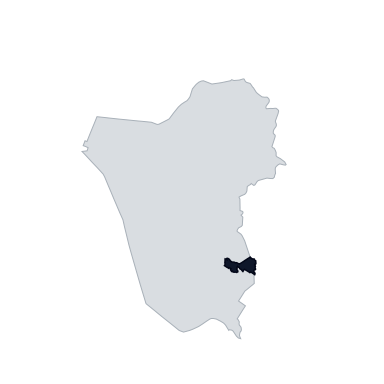 location of Al-Amara, Maysan, Iraq, rotated 33°
{"feature_id": "34846034B34105115765151", "entity_name": "Al-Amara", "entity_type": "district", "adm_level": 2, "iso_a3": "IRQ", "parent_name": "Iraq", "parent_adm1": "Maysan", "projection": "albers", "projection_center": [47.067, 32.106], "detail": "fine", "context": "in_parent", "style": "filled", "palette": "ink", "viewbox_px": 384, "rotation_deg": 33, "n_neighbors": 0, "source": "geoboundaries", "source_scale": "gbopen_adm2", "svg_char_len": 6490}
<svg xmlns="http://www.w3.org/2000/svg" viewBox="0 0 384 384"><g transform="rotate(33 192 192)"><path d="M164.1,76.2L166.4,75.7L170.7,72.4L173.4,69.2L174.2,68.9L176.3,70.1L177.9,70.4L181.6,69.3L183.8,70.1L185.6,71.0L186.6,71.1L191.4,73.3L192.6,73.6L195.2,73.9L198.9,74.1L201.4,72.9L203.2,71.6L204.4,71.7L205.6,72.0L206.5,72.6L207.3,73.6L207.7,75.0L207.4,79.4L207.7,80.6L208.4,81.4L209.2,81.6L210.3,80.7L212.1,79.3L214.4,77.9L216.1,76.5L217.0,76.0L218.5,76.1L220.0,76.4L220.7,77.1L220.7,77.3L221.5,79.4L223.3,87.2L224.4,88.2L225.6,89.0L226.5,90.2L226.8,91.4L226.7,93.2L226.7,95.3L227.2,96.9L227.9,98.1L228.5,98.7L229.5,98.8L230.8,99.1L231.6,100.3L234.0,109.2L234.3,110.4L235.4,110.8L237.2,110.6L239.0,111.6L241.0,113.0L242.8,115.8L244.1,116.2L248.0,115.9L253.4,116.3L256.0,117.7L255.7,118.6L253.7,119.5L250.3,120.6L249.3,122.5L248.7,125.0L248.8,126.4L249.6,127.9L252.0,131.0L252.1,132.1L252.5,133.6L253.0,134.7L252.5,136.7L250.2,138.1L247.3,139.5L241.4,146.2L240.9,147.7L240.9,151.7L240.3,152.8L238.4,152.8L237.0,152.6L236.9,154.0L235.9,155.8L235.4,157.4L237.5,161.3L237.8,163.3L237.5,165.2L235.4,168.3L234.2,170.5L234.5,171.0L236.0,171.8L240.8,178.9L242.4,181.4L244.5,180.8L245.2,180.8L245.8,181.2L246.2,182.1L246.2,183.1L245.7,184.7L248.3,185.4L249.2,187.0L252.3,192.5L252.1,194.1L250.6,196.7L250.6,198.4L250.9,200.0L251.4,200.5L256.0,200.7L257.9,201.4L262.7,204.2L268.1,208.5L272.5,212.0L276.3,215.0L280.4,214.8L281.5,215.4L282.5,216.3L283.7,218.8L286.0,224.3L288.0,226.2L291.1,230.6L294.0,234.8L292.2,240.5L290.3,246.4L290.4,254.0L290.4,258.1L294.4,258.2L298.8,258.4L298.8,263.3L298.9,268.2L299.0,273.8L300.3,274.0L302.4,275.2L303.3,277.0L304.4,278.0L305.8,278.2L307.1,279.0L308.4,280.6L308.9,281.9L308.6,282.7L308.9,284.2L309.8,286.3L310.9,287.3L312.7,288.5L310.4,289.2L307.8,288.7L302.3,286.3L300.6,286.2L298.3,287.2L298.2,288.0L292.5,285.3L290.4,284.8L289.6,284.7L286.4,284.8L281.7,285.3L278.9,286.4L277.0,287.6L276.2,288.8L275.9,289.4L274.4,292.8L272.6,297.2L270.8,301.2L267.3,306.8L265.4,309.4L261.2,314.1L256.7,315.1L246.2,314.0L234.6,312.9L223.1,311.6L214.5,310.7L213.9,310.4L205.5,303.3L199.0,297.8L190.9,290.8L182.6,283.6L174.2,276.3L168.2,271.0L160.9,264.1L154.3,257.9L149.2,252.9L142.4,248.5L137.2,245.0L129.6,239.9L123.6,235.8L118.4,232.3L110.5,226.9L107.8,225.4L99.4,223.2L91.4,221.3L83.2,219.2L77.7,217.9L81.6,214.6L80.7,211.4L78.0,211.8L75.5,212.4L74.4,207.3L76.4,206.9L75.1,200.4L73.8,193.7L72.6,187.2L71.3,180.6L78.6,176.9L84.0,174.2L91.5,170.4L98.8,166.6L105.6,163.1L113.2,159.1L120.0,155.6L126.0,154.3L127.3,153.2L130.4,147.9L132.9,143.5L133.1,142.4L133.5,135.9L134.3,128.2L135.3,124.2L136.8,120.7L138.1,118.1L138.4,115.6L138.4,113.1L137.3,109.3L136.2,105.3L136.6,101.5L136.9,99.4L137.9,96.2L139.4,93.9L141.0,92.5L146.6,91.3L149.9,90.6L154.5,86.6L157.2,84.2L161.0,80.4L163.8,77.6L164.0,76.6L164.1,76.2Z" fill="#d9dde1" stroke="#a8b0b8" stroke-width="1"/><path d="M289.6,227.2L289.5,226.7L289.5,226.4L289.4,226.2L289.1,226.0L288.9,225.9L288.7,225.7L288.3,225.3L288.2,225.3L287.8,225.4L287.6,225.4L287.4,225.4L287.2,225.1L287.1,224.9L286.9,224.8L286.7,224.7L286.6,224.3L286.6,224.1L286.6,223.8L286.6,223.7L286.7,223.4L286.9,223.4L287.0,223.2L287.3,222.9L287.3,222.7L287.4,222.4L287.4,222.2L287.2,221.9L286.8,221.8L286.7,221.7L286.4,221.3L286.2,221.2L285.8,220.8L285.7,220.6L285.7,220.4L285.7,220.2L285.8,220.1L285.7,219.8L285.3,219.5L285.2,219.4L284.8,219.3L284.7,219.4L284.4,219.3L284.3,219.2L284.3,218.8L284.3,218.7L284.2,218.6L283.9,218.4L284.0,218.3L284.3,218.3L284.4,218.2L284.6,218.0L284.6,217.8L284.6,217.6L284.6,217.4L284.5,217.1L284.4,216.9L284.3,216.7L284.1,216.6L283.8,216.4L283.7,216.2L283.5,215.8L283.4,215.7L283.2,215.4L283.0,215.2L282.9,215.0L282.7,215.0L282.2,215.0L281.8,215.0L281.6,214.9L281.4,214.8L281.2,214.7L280.8,214.3L280.7,214.3L280.4,214.5L280.2,214.6L279.9,214.8L279.7,214.9L279.4,215.0L279.2,215.1L278.8,215.3L278.5,215.4L278.1,215.3L277.9,215.2L277.8,215.3L277.7,215.5L277.1,215.4L276.7,215.1L276.2,214.9L275.9,215.7L275.5,216.7L275.0,217.6L274.6,218.6L274.1,219.7L273.6,220.8L273.3,221.6L272.9,222.5L272.6,223.2L272.3,223.9L271.9,224.7L271.6,225.3L271.3,226.0L271.1,226.5L270.5,226.5L270.0,226.7L269.5,227.0L268.7,226.9L268.1,226.9L267.9,227.0L267.5,227.3L267.1,227.7L266.8,227.8L266.3,227.7L265.8,227.8L265.4,228.0L264.9,228.2L264.5,228.6L264.0,228.9L263.5,229.0L263.2,228.8L262.6,228.9L262.3,229.0L262.2,229.1L261.3,228.7L260.9,228.5L260.7,228.4L260.0,228.1L259.5,228.1L259.0,228.1L258.6,228.1L257.9,228.3L257.6,228.4L257.4,228.6L257.3,228.9L257.3,229.0L257.7,229.4L258.0,229.7L258.1,229.8L257.9,229.8L257.2,229.9L256.6,229.9L256.2,230.0L256.4,230.4L256.6,230.9L256.8,231.1L257.1,231.6L257.3,232.0L257.5,232.3L257.8,232.6L257.8,232.8L257.8,233.0L258.0,233.2L258.4,233.7L258.9,234.3L259.2,234.8L259.3,235.1L259.4,235.4L259.3,235.7L259.3,236.1L259.6,236.1L259.9,236.1L260.3,236.1L260.6,236.1L261.1,236.1L261.5,236.1L261.8,236.1L262.1,236.1L262.6,236.1L263.1,236.0L263.6,236.0L263.9,236.0L264.0,236.0L264.4,236.0L264.4,235.6L264.4,235.2L264.8,235.2L265.2,235.2L265.5,235.1L266.0,235.1L266.4,235.1L266.4,235.4L266.4,235.8L266.5,236.1L267.0,236.4L267.3,236.5L267.6,236.7L268.0,236.9L268.4,237.0L268.4,236.9L268.6,236.6L268.8,236.4L269.1,236.3L269.4,236.5L269.6,236.6L269.9,236.8L270.3,236.6L270.5,236.5L270.9,236.4L271.2,236.2L271.5,236.0L271.7,235.8L272.0,235.6L272.2,235.4L272.4,235.3L272.7,235.3L273.0,235.3L273.4,235.0L273.4,234.9L273.5,234.6L273.6,234.4L273.9,234.1L273.9,233.9L273.6,233.6L273.3,233.2L273.2,233.1L272.9,233.0L272.7,233.0L272.3,232.9L272.1,232.8L271.8,232.8L271.7,232.6L271.7,232.4L271.7,232.2L271.7,231.9L271.4,231.6L271.2,231.4L271.0,231.1L270.8,230.8L270.7,230.6L270.7,230.3L270.7,230.1L270.7,229.9L270.7,229.7L270.9,229.8L271.0,229.8L271.4,229.8L271.6,229.8L271.8,229.8L271.9,229.7L272.1,229.7L272.3,229.6L272.5,229.6L272.9,229.7L273.2,229.9L273.5,230.1L273.8,230.2L274.1,230.3L274.3,230.3L274.5,230.3L274.8,230.3L275.0,230.2L275.4,230.2L275.6,230.2L275.9,230.2L276.1,230.4L276.3,230.4L276.4,230.5L276.6,230.6L276.9,230.7L277.1,230.7L277.3,230.8L277.6,230.8L277.8,230.9L277.9,231.0L278.0,231.0L278.0,230.7L278.0,230.4L277.9,230.2L277.9,229.9L277.9,229.7L277.9,229.4L278.0,229.0L278.0,228.8L278.0,228.6L278.1,228.4L278.2,228.2L278.4,228.3L278.6,228.3L279.0,228.2L279.3,228.2L280.2,228.2L281.4,228.1L282.3,228.1L283.0,228.1L283.4,228.0L284.0,228.1L284.5,228.1L284.7,227.7L284.9,227.1L285.4,227.0L286.7,227.1L288.1,227.1L288.8,227.1L289.1,227.2L289.6,227.2Z" fill="#0f172a" stroke="#020617" stroke-width="1.5"/></g></svg>